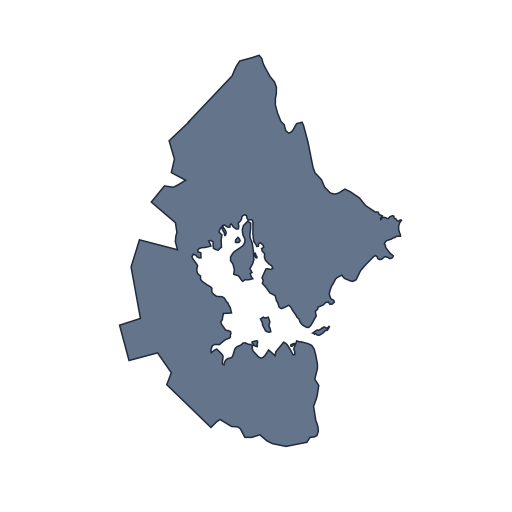 the district of Sandakan, Sabah, Malaysia, rotated 75°
{"feature_id": "92858781B38281907433738", "entity_name": "Sandakan", "entity_type": "district", "adm_level": 2, "iso_a3": "MYS", "parent_name": "Malaysia", "parent_adm1": "Sabah", "projection": "albers", "projection_center": [118.031, 5.791], "detail": "fine", "context": "isolated", "style": "filled", "palette": "slate", "viewbox_px": 512, "rotation_deg": 75, "n_neighbors": 0, "source": "geoboundaries", "source_scale": "gbopen_adm2", "svg_char_len": 6166}
<svg xmlns="http://www.w3.org/2000/svg" viewBox="0 0 512 512"><g transform="rotate(75 256 256)"><path d="M449.1,255.1L445.2,250.8L445.9,246.5L445.2,243.6L441.2,241.1L437.3,240.4L434.0,240.4L430.4,240.8L416.1,239.3L409.6,234.7L406.4,232.9L397.4,228.9L390.2,231.1L380.5,225.7L376.2,224.6L366.5,223.9L361.1,223.9L356.8,225.3L354.3,228.2L350.7,234.3L350.0,236.5L348.5,238.6L355.7,243.7L358.2,243.3L361.1,244.0L361.1,245.8L356.1,246.9L350.0,248.7L347.8,250.1L346.4,251.6L353.6,261.6L357.2,263.4L350.0,268.1L354.3,272.8L355.7,275.3L356.1,277.4L353.9,279.9L352.1,280.7L347.2,283.4L344.0,283.6L341.7,282.5L340.1,284.1L339.2,286.4L337.1,288.7L336.7,291.2L338.0,293.3L338.7,297.9L339.9,300.0L341.3,301.1L346.1,304.1L347.7,305.7L347.9,307.8L347.7,309.8L348.9,312.4L350.5,313.8L352.8,315.1L351.4,316.5L344.5,313.8L342.9,314.0L339.7,315.6L335.7,318.1L336.4,321.1L337.8,324.3L335.1,323.9L331.4,321.3L330.7,319.0L332.1,314.2L329.8,309.4L328.8,306.6L328.4,302.7L327.7,301.8L325.9,301.3L324.2,300.2L322.4,300.2L321.0,301.8L320.6,303.2L319.4,304.6L313.2,306.9L310.5,307.1L308.8,305.0L306.1,303.9L303.1,302.3L304.7,294.4L298.7,294.2L297.3,294.9L293.7,295.4L293.0,296.1L288.6,297.4L286.5,299.3L285.4,303.0L284.5,304.8L282.2,306.6L280.1,307.8L278.3,307.8L275.7,306.9L273.9,308.0L270.7,311.2L266.3,314.7L264.0,315.6L261.0,314.7L259.2,316.1L257.3,317.0L255.0,317.0L252.3,316.1L250.2,314.9L248.4,315.4L242.4,317.7L240.3,318.1L238.0,316.1L239.6,314.0L241.5,313.1L243.1,311.5L243.5,309.6L238.7,308.5L237.6,309.8L237.1,311.0L235.0,310.5L234.1,308.9L233.9,306.4L234.6,303.0L234.8,297.0L233.0,297.0L229.3,297.9L229.3,295.6L231.4,293.8L234.6,294.7L237.6,295.1L239.2,293.5L240.6,291.0L239.4,289.2L238.7,287.1L231.4,285.5L226.8,283.4L223.3,285.5L220.8,283.9L218.0,280.4L217.8,278.6L221.0,275.6L221.3,273.7L219.6,273.1L218.5,271.9L220.3,270.8L221.9,270.5L224.9,268.0L225.2,265.9L222.4,264.8L219.9,264.8L218.0,261.8L216.4,260.2L214.6,259.7L213.7,258.3L213.2,256.5L214.4,254.7L217.3,254.9L219.4,254.2L219.6,251.2L220.6,250.3L223.1,250.3L233.9,253.3L241.3,254.4L244.9,253.1L247.0,252.8L247.2,251.2L244.9,250.3L244.5,249.6L244.5,248.0L247.9,246.2L249.8,246.4L250.2,248.7L253.0,248.7L256.0,247.1L259.4,248.2L262.6,248.0L266.8,245.7L269.5,243.4L272.3,243.0L272.8,245.2L271.1,248.5L271.1,249.8L278.5,255.8L281.9,255.4L284.0,257.0L289.5,254.2L295.3,252.1L299.2,247.8L304.9,247.8L306.5,247.1L311.4,246.9L313.4,245.2L313.2,242.7L312.1,237.0L314.1,235.8L319.0,234.4L323.1,232.8L325.4,232.4L328.1,230.8L331.1,230.5L333.2,229.8L335.0,228.7L338.0,225.7L338.7,223.4L336.9,220.6L329.5,213.3L324.9,213.1L323.3,210.1L321.5,209.4L321.2,206.9L320.6,203.6L319.0,200.9L319.2,197.9L321.7,197.2L322.2,194.9L320.8,192.2L318.9,192.4L317.1,194.4L315.7,194.9L311.6,195.1L307.5,192.8L304.7,190.8L302.6,188.5L298.7,185.0L297.8,183.0L296.7,178.1L298.5,177.4L300.6,176.3L304.7,171.0L305.6,168.9L304.9,165.5L297.1,158.7L292.4,151.6L287.4,143.1L286.8,141.6L286.5,140.4L288.0,139.2L289.9,139.1L291.4,137.8L291.7,135.3L290.6,133.4L290.0,131.4L291.5,128.9L293.0,127.8L293.3,126.2L292.8,124.5L291.4,123.4L287.8,125.9L281.9,128.4L280.5,128.5L279.2,128.2L277.5,128.8L276.2,127.8L275.0,125.9L274.7,120.9L274.0,118.7L274.2,117.0L273.6,116.2L273.4,114.8L274.3,111.4L273.1,111.0L271.1,111.3L267.1,111.3L263.7,110.3L261.1,108.6L259.3,106.3L258.6,106.6L258.7,108.2L259.2,108.9L258.9,110.0L258.0,110.7L256.4,111.3L254.9,112.8L253.1,112.6L252.4,113.8L252.7,116.4L254.0,118.4L253.7,119.7L252.4,121.0L251.5,123.1L253.1,126.1L252.2,126.1L249.9,123.6L247.7,126.3L245.5,126.6L244.6,127.9L244.7,129.2L235.7,137.1L226.8,141.0L218.3,148.3L214.4,152.8L216.6,160.1L216.6,164.0L214.4,167.9L207.1,171.9L199.3,173.0L190.8,177.5L185.2,178.0L159.4,176.3L142.0,176.3L138.7,176.9L138.6,182.5L144.3,188.1L145.4,190.3L145.9,192.6L142.6,194.8L136.4,194.8L132.5,197.1L123.5,198.2L115.1,198.2L108.9,196.5L104.4,194.3L98.2,192.6L92.6,193.1L86.5,195.9L77.5,198.2L71.9,199.3L66.8,199.3L62.9,201.0L63.4,208.3L63.4,221.2L67.4,225.7L71.3,229.0L75.8,232.4L108.9,286.3L109.1,285.9L122.2,310.1L141.3,309.7L153.5,316.2L164.6,304.4L167.1,313.0L168.2,318.0L164.6,326.3L176.8,343.2L203.0,325.2L212.7,326.3L216.3,328.4L221.4,330.2L229.6,330.2L210.2,364.4L234.3,379.5L286.4,383.8L287.5,405.7L324.1,405.7L324.1,376.2L346.8,368.0L357.2,375.5L410.0,343.9L406.0,337.0L404.6,333.1L414.3,323.8L416.5,317.6L419.0,315.8L428.3,313.7L430.1,307.2L429.7,298.6L437.6,293.2L441.6,288.5L447.7,276.3L449.1,255.1ZM233.7,256.3L227.9,254.0L222.9,252.6L220.3,255.1L223.3,260.2L227.2,262.5L232.3,263.2L237.1,262.3L239.6,263.2L241.9,265.0L243.1,266.9L246.3,276.1L247.5,277.9L250.2,280.7L253.9,281.8L257.6,280.4L263.6,280.4L267.9,282.3L270.5,278.1L276.0,276.1L277.1,275.4L276.0,272.6L276.7,271.0L277.1,268.7L277.1,265.0L274.8,265.9L271.4,266.2L270.9,264.1L266.8,265.2L262.4,261.1L259.0,259.0L250.2,257.2L242.6,256.3L236.7,257.0L233.7,256.3ZM326.1,261.3L323.3,259.7L318.3,260.0L318.3,262.5L317.8,263.9L316.9,264.8L318.0,268.0L322.2,267.1L323.8,267.5L327.0,267.1L328.8,266.4L330.5,266.4L332.1,264.8L333.0,263.2L333.0,261.3L329.3,261.1L327.9,261.6L326.1,261.3ZM345.1,221.2L345.6,220.4L346.8,219.7L346.4,218.5L347.0,217.9L348.2,217.4L348.8,215.8L348.8,214.7L347.5,210.7L346.0,208.4L345.9,207.5L346.2,207.1L346.3,206.5L344.7,204.6L343.3,203.4L342.9,203.7L343.4,204.2L344.2,206.3L342.5,208.0L342.1,209.1L342.4,209.8L342.9,210.1L343.0,210.6L342.7,210.9L343.6,212.8L343.7,213.8L343.9,215.3L343.7,215.8L343.3,216.0L343.4,216.6L345.1,221.2ZM340.2,276.9L338.4,276.6L338.0,277.4L337.9,281.8L338.9,282.4L340.1,281.6L341.8,281.2L343.9,278.4L343.0,277.8L341.7,278.0L340.2,276.9ZM237.8,271.9L238.4,269.9L238.3,268.6L237.0,267.3L234.9,267.7L233.3,268.6L235.2,271.5L237.4,272.3L237.8,271.9ZM227.9,280.1L226.9,279.3L225.5,278.8L224.7,278.7L222.8,279.1L220.3,280.1L218.9,280.3L218.8,280.9L219.2,281.4L220.8,281.7L223.7,281.2L225.2,280.6L227.6,280.9L228.2,280.7L227.9,280.1ZM351.7,245.7L352.4,245.4L352.5,244.3L351.3,242.1L350.6,241.4L350.3,241.8L350.6,244.7L351.0,245.5L351.7,245.7ZM257.4,256.6L258.1,255.9L257.9,255.6L257.0,255.3L256.0,255.8L254.6,255.8L253.5,256.2L253.1,256.0L252.9,256.3L253.1,256.9L253.7,257.2L254.7,256.8L255.7,257.1L256.3,256.7L257.4,256.6Z" fill="#64748b" stroke="#1e293b" stroke-width="1.5"/></g></svg>